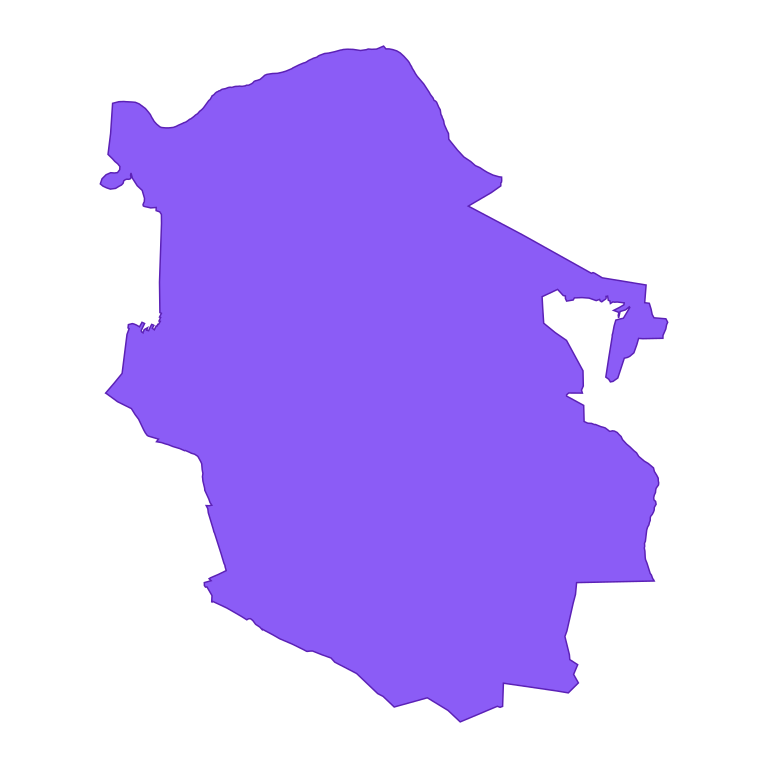 the district of San Fernando, Chiapas, Mexico
{"feature_id": "50627088B48755105590570", "entity_name": "San Fernando", "entity_type": "district", "adm_level": 2, "iso_a3": "MEX", "parent_name": "Mexico", "parent_adm1": "Chiapas", "projection": "mercator", "projection_center": [-93.215, 16.914], "detail": "fine", "context": "isolated", "style": "filled", "palette": "violet", "viewbox_px": 768, "rotation_deg": 0, "n_neighbors": 0, "source": "geoboundaries", "source_scale": "gbopen_adm2", "svg_char_len": 6033}
<svg xmlns="http://www.w3.org/2000/svg" viewBox="0 0 768 768"><path d="M654.2,581.0L653.5,579.6L652.7,578.6L651.4,575.0L650.2,573.4L647.0,563.2L645.5,559.5L645.2,557.4L644.9,551.0L644.3,548.0L644.7,546.3L644.5,543.3L645.4,541.2L646.7,530.1L647.6,527.1L648.9,524.9L649.4,522.5L650.2,520.5L650.3,517.7L650.6,516.4L652.3,514.3L653.5,512.0L654.2,510.0L654.3,507.4L656.1,504.3L655.6,501.4L654.0,499.9L653.7,497.8L654.3,495.1L655.5,492.5L655.7,490.1L656.1,488.3L658.5,484.9L658.7,482.8L658.3,480.9L658.2,478.1L656.7,475.2L654.4,471.5L653.5,467.9L648.3,463.5L644.4,461.2L638.8,456.5L636.5,452.8L634.0,450.8L630.0,446.9L626.6,444.1L622.5,439.6L621.1,436.5L619.3,434.8L617.2,432.5L614.5,431.1L612.3,430.8L611.0,431.2L609.6,431.3L607.7,429.8L605.2,427.9L603.0,427.2L601.0,426.7L595.5,424.5L594.2,424.5L591.6,423.4L587.8,423.2L584.1,421.5L583.7,405.4L566.6,396.1L566.6,394.8L568.7,393.0L582.4,393.1L581.5,390.1L583.3,386.0L583.0,370.8L566.5,340.4L555.2,332.6L543.7,323.2L542.7,307.9L542.1,296.7L557.6,289.4L563.2,295.5L565.4,296.0L565.4,298.5L566.6,301.1L573.2,300.0L574.4,297.9L582.0,297.6L589.1,298.1L596.2,300.6L599.6,299.4L600.1,300.8L600.6,301.1L601.3,301.7L601.8,301.8L604.6,299.7L605.7,299.1L606.2,298.0L606.0,296.5L606.1,296.3L606.8,296.4L607.6,296.1L608.3,300.3L609.9,300.9L610.4,303.5L612.9,301.9L614.4,302.2L617.3,302.0L624.2,302.9L623.9,304.8L619.3,307.5L613.6,310.4L618.2,312.1L618.8,313.2L618.2,315.2L618.6,317.9L620.1,311.5L625.5,309.9L629.3,306.8L629.8,307.5L623.4,318.2L619.4,319.1L615.8,320.1L614.1,326.0L612.8,333.0L612.2,335.0L612.2,336.6L608.8,357.6L605.8,377.1L608.7,379.2L610.4,381.9L613.0,381.4L617.8,378.0L624.3,358.2L627.6,357.4L629.8,356.3L633.9,352.8L636.8,344.7L638.6,338.4L642.8,338.7L662.9,338.3L663.0,335.4L665.8,329.0L666.6,324.7L667.7,322.3L665.9,318.8L654.0,317.8L652.2,314.5L651.1,309.2L649.3,303.3L644.7,302.7L646.1,285.0L602.2,277.8L594.8,273.3L593.0,272.6L591.4,273.3L522.6,234.9L468.3,206.1L491.6,192.4L500.8,185.9L500.8,183.0L501.5,182.1L501.7,180.4L501.6,177.1L499.1,176.8L493.1,175.1L487.4,172.4L483.9,170.3L480.0,167.7L475.3,165.6L470.7,161.5L463.9,157.0L457.4,150.0L448.8,139.3L448.5,133.5L447.2,131.0L444.6,125.2L444.1,123.6L443.7,121.0L443.2,119.6L442.2,117.5L441.9,116.2L440.9,114.4L440.3,110.1L440.1,109.5L438.8,107.3L436.6,102.2L435.4,101.0L434.2,100.5L433.8,99.8L433.0,97.9L430.4,94.5L429.2,92.3L423.7,83.9L417.2,76.3L415.2,73.3L414.4,71.7L412.2,68.2L411.5,66.5L410.5,65.0L409.2,62.5L407.9,60.7L403.8,56.2L400.2,52.9L396.8,50.9L392.8,49.6L389.1,48.9L385.9,48.9L383.6,46.1L376.5,49.1L371.7,49.3L368.2,49.0L366.2,49.7L360.5,50.5L353.2,49.4L347.4,49.2L343.2,49.5L341.8,49.9L340.4,50.1L334.7,51.7L328.5,53.1L324.6,53.5L319.7,55.3L318.3,56.0L317.1,57.0L315.8,57.5L313.2,58.3L311.5,59.2L310.7,59.5L308.2,60.7L307.5,61.3L305.4,62.5L303.3,63.1L299.0,64.9L292.7,68.0L292.0,68.6L286.0,71.1L282.4,72.2L277.6,73.3L272.6,73.5L266.8,74.4L265.9,74.8L264.7,75.3L262.9,77.0L260.1,79.4L257.2,80.4L255.4,80.8L254.1,81.4L253.0,82.7L251.7,83.7L248.6,85.2L246.4,85.2L245.4,85.8L242.4,86.3L240.9,86.3L239.9,86.1L238.1,86.3L235.4,86.4L234.1,86.7L233.3,87.0L231.7,87.4L230.2,87.2L228.3,87.5L225.5,88.6L222.0,89.3L220.7,90.1L220.2,90.6L219.0,90.8L217.8,91.6L216.7,92.0L215.4,93.0L214.3,94.3L213.4,95.1L212.1,95.8L212.1,96.0L210.1,99.5L208.8,100.5L203.5,107.8L202.3,109.1L200.6,110.6L199.7,111.2L197.6,113.7L195.5,115.0L193.9,116.5L191.0,118.7L190.1,119.2L189.7,119.2L187.7,120.8L185.7,122.1L183.4,122.9L182.8,123.3L178.4,125.2L176.1,126.4L173.3,127.4L168.7,127.9L165.7,127.9L161.6,127.5L160.0,126.9L156.7,124.2L154.6,121.9L153.7,120.7L152.9,119.2L151.8,117.5L150.3,114.5L148.2,111.8L145.4,108.5L139.2,103.9L137.3,103.1L135.3,102.3L131.8,102.0L126.0,101.7L123.9,101.5L118.9,101.7L112.6,103.3L110.6,133.5L108.0,154.4L112.4,158.7L114.9,161.5L117.7,163.8L119.9,166.5L119.7,169.7L117.5,172.6L114.4,173.0L110.7,172.7L106.1,174.7L102.0,178.8L100.3,183.9L102.9,186.1L106.5,187.8L110.3,189.1L115.6,188.4L119.0,186.3L121.5,185.0L123.1,183.3L123.8,180.7L125.3,179.7L126.6,179.2L128.9,179.3L130.5,178.7L131.0,177.2L130.5,175.2L131.0,173.0L132.4,178.2L137.2,185.7L142.3,190.5L142.5,191.5L144.5,198.3L144.3,201.7L143.6,203.0L143.0,204.8L143.4,206.0L144.6,206.5L150.7,207.9L156.2,207.5L156.1,210.6L159.8,211.9L161.4,214.5L161.5,223.5L159.5,282.2L159.9,312.6L161.4,313.3L159.5,317.1L160.6,317.5L159.0,321.0L160.3,321.3L158.5,324.4L157.8,324.3L156.9,326.2L156.2,326.0L154.3,329.8L152.3,328.2L153.9,325.4L153.5,325.1L151.7,324.4L150.3,326.9L148.6,330.7L146.7,330.2L147.6,327.7L144.2,329.6L143.6,331.3L143.2,331.9L143.0,332.8L141.6,331.8L141.2,330.8L141.8,329.3L144.6,323.5L142.0,322.3L139.5,326.8L136.4,325.0L134.0,324.0L132.3,323.6L128.4,324.6L128.0,327.9L129.1,328.7L127.0,334.4L122.1,373.4L114.1,383.2L105.6,393.1L106.9,393.9L117.5,401.7L131.4,408.6L135.2,414.7L138.6,419.2L143.8,430.1L145.3,432.8L147.2,435.4L148.4,436.1L158.5,439.1L156.5,441.7L161.6,442.6L165.4,443.9L168.1,444.6L172.8,446.5L179.8,448.6L184.6,450.7L185.4,450.5L190.0,452.5L191.2,453.2L194.6,454.2L197.8,456.3L200.6,461.3L201.7,463.7L202.2,469.7L202.9,473.5L202.4,477.0L202.6,477.6L202.9,481.0L204.6,488.1L204.8,490.3L208.8,499.0L210.0,502.5L211.8,505.2L209.1,505.7L206.2,505.6L207.8,508.7L208.3,512.8L213.2,529.0L213.9,531.8L214.5,533.0L221.1,553.7L223.9,563.1L225.2,566.1L225.0,566.5L226.2,570.6L218.4,574.4L210.7,577.7L209.1,578.7L211.1,580.7L204.3,582.6L204.4,585.6L205.5,587.1L207.0,587.0L212.0,595.6L211.7,601.8L212.0,602.0L212.3,601.2L226.8,608.0L241.4,616.4L246.8,619.8L248.5,618.8L249.3,618.7L250.5,618.7L252.8,620.5L255.6,624.3L259.8,627.1L262.2,629.7L262.4,629.2L264.9,630.6L273.0,634.9L279.8,638.8L292.0,644.0L303.2,649.5L306.6,651.3L307.4,651.4L309.8,651.1L312.5,651.0L322.0,654.8L331.0,658.0L334.8,662.2L356.6,673.5L377.7,693.6L383.1,696.4L394.2,707.0L427.3,697.8L448.0,710.4L460.2,721.9L497.3,706.3L500.1,707.3L502.6,706.4L503.4,683.2L557.1,691.0L568.3,692.9L578.4,682.9L573.6,674.4L577.7,664.7L569.8,659.6L569.4,654.7L564.9,636.5L566.9,631.0L573.2,603.1L575.5,594.4L576.6,582.6L654.2,581.0Z" fill="#8b5cf6" stroke="#5b21b6" stroke-width="1.5"/></svg>